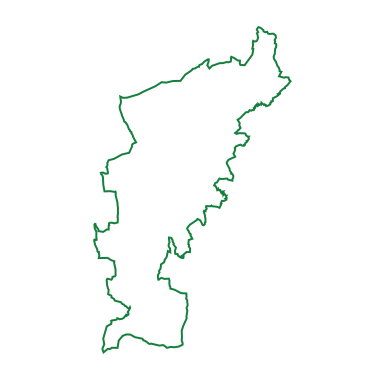 outline of Hobøl nor, Østfold, Norway, rotated 169°
{"feature_id": "86288312B48934534405414", "entity_name": "Hobøl nor", "entity_type": "district", "adm_level": 2, "iso_a3": "NOR", "parent_name": "Norway", "parent_adm1": "Østfold", "projection": "albers", "projection_center": [10.908, 59.61], "detail": "fine", "context": "isolated", "style": "outline", "palette": "green", "viewbox_px": 384, "rotation_deg": 169, "n_neighbors": 0, "source": "geoboundaries", "source_scale": "gbopen_adm2", "svg_char_len": 6029}
<svg xmlns="http://www.w3.org/2000/svg" viewBox="0 0 384 384"><g transform="rotate(169 192 192)"><path d="M80.1,329.9L81.9,331.9L86.0,332.4L86.9,332.9L87.3,333.3L87.6,334.9L89.8,334.9L91.1,336.0L91.0,337.2L93.2,339.9L95.1,341.2L95.6,341.0L97.4,339.3L96.6,336.3L98.0,335.4L97.6,333.6L97.8,332.0L97.6,330.8L98.8,328.9L100.0,327.8L101.7,327.7L103.1,328.7L103.6,327.8L104.3,323.7L105.5,321.2L104.5,320.7L106.5,315.4L116.1,306.4L120.3,307.6L120.6,309.0L119.9,311.8L122.2,312.5L124.9,315.4L127.6,317.2L128.1,316.6L128.3,314.6L129.1,312.6L131.8,312.4L133.2,313.0L136.9,312.6L140.4,313.2L148.3,312.0L151.3,309.9L152.8,313.5L151.1,316.3L150.2,318.9L150.9,319.2L151.3,318.6L152.5,318.7L155.3,317.5L157.4,315.8L160.5,315.2L161.2,313.6L162.3,313.9L165.6,312.7L167.9,312.8L168.5,312.0L170.3,311.0L176.2,308.5L182.1,303.3L189.8,304.6L196.5,304.3L200.8,305.6L207.8,302.8L220.5,299.8L226.0,298.1L237.8,297.0L241.7,297.6L244.2,299.4L244.5,294.2L245.2,292.2L246.4,290.4L247.0,288.5L246.6,284.0L246.1,282.0L246.3,281.2L245.2,276.1L245.1,274.1L243.7,272.8L243.5,271.6L242.8,270.8L241.9,265.6L241.0,264.2L241.1,263.3L240.0,262.3L240.3,261.0L239.6,259.9L239.1,256.6L237.4,251.4L241.2,250.5L241.8,249.8L242.1,248.2L246.2,242.5L253.6,242.2L262.4,239.4L267.7,239.1L269.6,236.6L269.8,234.7L270.4,233.6L271.4,232.8L270.7,231.5L270.8,227.4L271.1,226.3L273.4,226.4L275.7,228.1L277.8,228.2L277.7,226.7L276.8,225.5L276.6,223.5L277.7,216.0L277.8,209.3L272.0,208.4L267.8,206.8L267.1,207.0L266.9,206.3L267.6,203.2L267.2,195.9L267.7,192.2L267.6,191.2L269.0,184.0L269.4,183.6L269.6,182.1L269.9,181.6L269.7,180.5L270.8,176.3L273.8,176.0L277.3,177.4L279.0,177.4L279.6,176.7L279.6,175.2L280.2,174.9L281.0,171.1L282.7,171.5L286.7,169.8L291.2,171.4L291.1,173.4L292.2,175.5L292.9,177.6L292.9,179.1L293.5,179.2L294.0,178.7L294.4,174.8L293.6,172.0L293.6,170.4L294.6,165.6L294.7,163.3L295.7,163.2L296.5,163.9L297.3,163.5L297.2,158.6L296.0,154.0L296.1,152.0L295.7,150.9L294.9,150.9L295.2,146.9L296.1,144.9L287.3,143.4L284.5,140.6L281.4,138.8L282.0,137.3L281.8,130.8L282.9,124.8L283.8,123.9L286.2,123.9L286.9,122.1L287.8,121.3L291.7,123.0L292.6,121.8L293.1,116.6L292.9,113.4L292.5,111.8L293.8,107.6L291.0,105.7L290.9,104.8L291.2,103.9L288.9,101.9L288.5,100.1L282.7,97.3L281.8,95.4L280.3,94.5L279.5,92.9L278.4,92.3L277.4,90.6L275.7,89.4L274.9,90.6L274.8,90.0L278.0,86.3L277.5,84.9L277.9,83.7L279.1,83.6L280.0,84.2L280.3,83.8L280.1,82.8L281.8,82.7L282.7,81.6L284.5,80.9L287.3,80.9L289.4,82.4L290.3,81.2L291.1,81.0L295.2,81.2L296.1,80.8L295.7,80.0L296.5,77.9L301.3,76.4L307.1,65.0L307.2,59.3L309.6,55.7L309.9,54.5L309.4,51.5L304.7,54.0L302.1,53.6L300.4,54.4L294.8,53.2L292.3,60.1L287.6,64.0L283.6,64.7L279.7,63.8L275.6,60.3L269.0,57.6L268.1,56.5L268.1,55.7L266.4,54.8L262.9,51.0L261.0,50.9L253.1,47.4L249.9,47.3L248.9,46.8L246.2,43.8L242.3,44.0L239.3,43.0L234.5,42.8L230.4,43.9L230.0,45.7L230.4,47.5L230.2,49.6L229.8,50.2L228.5,58.0L226.2,62.1L221.4,68.9L221.2,70.8L219.3,76.1L219.4,79.3L217.9,81.7L217.7,83.1L217.7,85.2L217.3,86.4L218.1,88.6L217.4,90.0L216.9,93.5L222.0,94.8L228.1,99.6L231.7,101.3L231.4,102.8L231.9,104.4L231.5,107.5L231.0,109.5L231.3,111.4L235.5,111.9L238.3,113.5L240.2,113.0L240.9,112.3L241.8,112.4L241.7,114.9L241.3,116.9L239.2,119.3L239.5,120.1L239.3,121.0L237.5,122.8L236.2,126.9L232.7,128.4L231.9,130.4L229.4,132.9L226.9,138.6L224.8,136.9L224.4,140.8L225.3,143.0L224.9,145.0L223.7,146.9L223.6,150.0L223.3,151.7L221.0,150.9L220.7,149.4L220.4,148.9L220.2,147.8L220.5,146.9L219.7,144.9L220.2,144.0L218.4,140.4L219.8,137.7L220.3,134.6L217.9,133.7L217.8,132.2L216.0,130.1L215.0,130.8L214.8,129.4L213.4,128.8L212.9,129.1L212.5,130.7L213.6,131.3L210.2,133.4L208.7,134.1L205.5,133.4L204.6,136.8L205.5,139.2L204.9,140.5L205.6,141.5L204.3,145.5L200.6,146.0L201.8,150.0L201.3,150.8L202.3,152.0L202.9,154.8L203.5,155.7L203.7,157.2L203.2,157.9L200.3,160.3L192.6,163.6L191.8,164.5L189.5,162.8L188.9,161.6L187.9,157.6L186.8,157.1L185.5,158.0L185.2,159.6L184.6,159.9L183.9,162.8L183.8,167.2L184.2,170.3L183.6,171.3L182.4,170.6L182.2,171.5L180.8,172.7L181.1,174.3L180.8,175.4L176.0,174.4L175.4,174.9L174.7,174.1L170.2,172.7L168.0,171.2L165.6,174.5L166.1,174.6L166.0,175.0L164.4,177.6L162.5,177.1L159.7,177.9L159.2,179.3L160.0,179.5L159.3,179.9L159.3,181.2L158.7,181.9L159.8,182.2L160.6,184.2L161.7,183.2L161.3,185.4L162.0,185.8L161.1,186.6L162.5,186.7L162.6,186.4L162.2,185.5L162.9,184.8L163.6,185.9L163.3,186.9L164.3,188.0L164.1,188.6L165.2,188.7L165.5,189.7L166.0,188.8L166.9,188.9L166.8,190.9L167.2,191.3L167.5,193.0L169.0,194.2L167.4,196.3L165.6,196.7L162.5,200.0L160.2,199.0L154.9,198.5L154.1,197.1L150.2,195.4L149.9,196.8L148.9,198.1L148.3,199.9L148.8,201.6L150.1,202.6L149.6,203.1L150.8,205.7L150.7,207.7L152.5,213.6L152.0,214.7L149.9,216.7L142.9,218.4L144.0,221.7L141.7,224.9L141.4,226.7L141.6,227.1L140.0,228.5L135.4,229.3L133.9,227.9L132.0,227.5L131.3,227.9L131.6,228.6L130.6,229.1L130.2,230.0L128.6,230.6L128.1,231.3L128.4,231.8L127.1,232.1L126.2,233.1L126.0,233.6L126.3,234.8L125.6,235.5L126.8,235.7L128.2,237.5L128.3,238.8L129.1,239.5L134.2,240.7L137.3,240.6L138.4,241.7L135.9,242.9L135.2,243.8L133.8,244.3L132.2,245.6L132.5,246.1L132.4,247.0L132.9,248.4L132.0,250.7L133.5,254.1L130.6,255.4L123.8,260.0L121.6,259.7L119.8,261.4L118.4,260.5L116.9,260.9L115.8,260.6L115.2,261.7L115.3,262.4L114.3,262.3L114.3,263.1L113.8,263.4L113.9,264.1L112.0,265.4L111.6,263.8L110.6,264.1L110.2,265.8L109.3,264.6L107.9,265.3L107.5,264.6L106.9,265.3L106.7,266.3L104.8,263.8L104.1,264.2L103.5,263.3L103.0,263.4L102.7,263.0L102.8,262.2L101.1,262.2L98.6,263.0L98.1,263.6L98.3,264.4L97.0,265.1L96.9,265.9L95.4,265.7L94.7,268.6L90.1,269.9L88.2,271.0L89.0,271.9L87.7,272.4L87.4,271.5L86.8,271.7L86.4,273.7L82.8,275.9L80.9,276.2L80.9,277.1L77.9,278.7L74.1,282.0L74.4,282.7L75.1,283.1L75.4,286.0L78.6,286.9L79.7,286.6L84.5,289.0L81.3,293.0L83.0,293.9L82.7,295.3L83.0,297.4L84.0,299.2L84.8,304.0L86.1,306.9L86.1,309.1L84.4,311.8L83.0,316.8L81.9,318.0L81.2,320.2L81.3,321.5L82.4,322.2L81.6,324.3L81.9,325.4L80.1,327.5L80.1,329.9Z" fill="none" stroke="#15803d" stroke-width="2"/></g></svg>